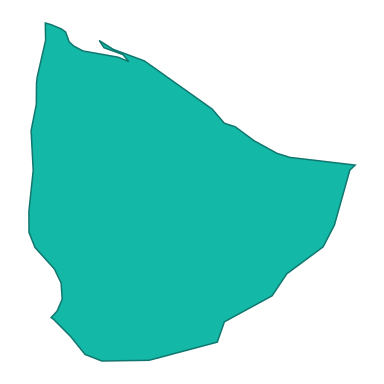 outline of An Nuqat al Khams
{"feature_id": "LBY-2974", "entity_name": "An Nuqat al Khams", "entity_type": "Municipality", "adm_level": 1, "iso_a3": "LBY", "parent_name": "Libya", "parent_adm1": "", "projection": "equal_earth", "projection_center": [11.821, 32.743], "detail": "fine", "context": "isolated", "style": "filled", "palette": "teal", "viewbox_px": 384, "rotation_deg": 0, "n_neighbors": 0, "source": "natural_earth", "source_scale": "10m", "svg_char_len": 677}
<svg xmlns="http://www.w3.org/2000/svg" viewBox="0 0 384 384"><path d="M51.1,317.6L57.0,311.2L62.2,299.2L61.1,282.9L54.4,269.0L35.0,247.5L29.0,232.5L28.9,211.2L33.2,170.5L31.1,130.6L36.3,104.4L36.5,82.9L37.2,77.0L45.6,40.3L45.3,23.0L51.3,24.7L61.3,28.9L65.6,32.0L69.2,41.9L73.7,46.0L83.1,51.0L118.2,57.2L128.9,61.7L122.9,54.6L104.0,47.7L99.2,40.5L113.1,49.3L144.4,60.9L212.2,109.1L224.3,123.2L235.4,126.9L254.0,140.7L276.9,153.3L289.9,157.4L355.1,165.1L349.8,170.2L334.4,225.1L323.1,246.9L286.8,273.8L272.1,295.8L249.5,308.1L224.4,321.8L217.3,342.1L149.0,360.3L101.8,361.0L85.1,354.5L70.6,336.5L53.3,319.1L51.1,317.6Z" fill="#14b8a6" stroke="#0f766e" stroke-width="1.5"/></svg>